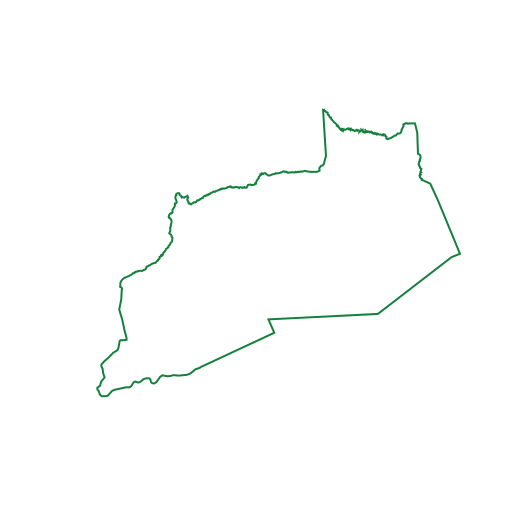 the district of Mecanhelas, Niassa, Mozambique, rotated 245°
{"feature_id": "85939544B26392807278532", "entity_name": "Mecanhelas", "entity_type": "district", "adm_level": 2, "iso_a3": "MOZ", "parent_name": "Mozambique", "parent_adm1": "Niassa", "projection": "robinson", "projection_center": [36.247, -14.939], "detail": "fine", "context": "isolated", "style": "outline", "palette": "green", "viewbox_px": 512, "rotation_deg": 245, "n_neighbors": 0, "source": "geoboundaries", "source_scale": "gbopen_adm2", "svg_char_len": 6116}
<svg xmlns="http://www.w3.org/2000/svg" viewBox="0 0 512 512"><g transform="rotate(245 256 256)"><path d="M265.3,109.4L254.9,107.9L243.7,105.3L236.7,104.1L234.8,103.3L235.6,100.3L236.9,97.9L236.8,96.9L236.3,96.3L231.5,93.0L229.5,91.1L229.0,89.5L228.7,85.8L226.0,78.9L225.0,74.8L223.2,70.4L222.3,69.6L221.4,69.2L218.5,69.3L214.2,67.9L210.0,67.5L207.5,62.5L204.3,59.8L203.8,56.9L203.3,56.2L201.6,55.9L199.9,56.4L196.3,55.9L194.3,56.9L193.6,57.9L192.2,61.4L192.0,62.5L194.6,68.8L194.5,71.3L192.0,82.4L190.6,85.5L190.5,86.7L190.7,87.9L193.1,91.4L193.4,92.4L193.2,93.5L191.2,95.6L190.9,96.6L190.8,97.8L191.8,101.4L191.9,102.7L191.5,105.0L190.0,107.8L188.6,108.1L186.1,107.5L184.5,108.3L183.8,109.2L183.5,110.2L183.8,112.4L187.0,118.1L187.4,120.8L184.6,124.6L183.5,127.4L182.9,130.9L180.3,135.3L177.5,143.2L177.3,146.5L177.8,149.2L178.9,153.2L178.4,158.1L178.7,158.6L178.7,240.1L193.3,240.5L152.0,342.0L172.1,431.8L172.3,433.4L171.8,441.8L229.9,444.4L248.0,444.5L254.9,438.5L255.1,439.0L255.5,439.0L255.9,438.5L258.2,437.9L260.0,438.3L260.1,438.7L259.8,439.2L260.1,439.7L260.8,439.3L261.7,439.7L261.9,440.0L262.0,440.9L262.8,440.7L265.0,442.7L266.7,441.9L267.8,442.3L268.8,442.0L269.8,442.3L270.7,442.2L271.8,443.5L272.7,443.8L272.9,444.8L274.0,445.0L274.3,445.7L274.9,445.9L275.5,446.7L277.7,447.4L278.9,447.1L280.2,446.0L299.7,454.3L309.0,456.1L311.4,451.0L311.7,449.4L312.4,449.1L313.0,448.2L313.1,447.0L312.7,446.4L313.1,445.8L313.0,445.2L311.1,444.4L308.9,441.2L307.9,440.9L306.6,439.3L306.3,438.0L307.2,436.0L306.1,433.8L306.5,432.3L306.1,430.3L306.0,427.3L306.3,426.1L306.1,424.1L306.3,424.5L307.4,423.8L309.0,424.6L309.8,423.9L310.6,424.2L311.7,423.9L312.4,423.1L311.9,422.4L312.4,422.3L312.2,421.4L312.5,421.4L313.5,420.2L313.9,419.1L315.5,417.8L315.3,417.6L315.6,417.2L315.3,416.9L316.1,416.7L316.1,416.2L316.7,416.1L316.7,415.2L317.1,415.1L316.6,414.5L317.0,414.8L317.1,414.2L318.1,413.4L318.3,413.3L318.3,413.9L319.9,413.1L319.7,412.4L320.2,412.2L320.6,411.6L320.3,411.2L320.8,411.0L321.1,409.7L321.6,409.9L321.7,409.2L322.2,409.1L322.1,408.8L322.4,408.6L321.8,408.6L321.7,408.2L322.9,408.2L322.0,407.4L322.0,406.7L322.4,406.7L322.5,406.2L322.9,406.3L323.3,405.5L323.7,406.0L324.3,405.6L325.2,405.9L325.0,405.3L325.6,405.0L324.9,404.8L325.4,404.0L325.0,403.4L325.4,403.1L325.1,402.5L325.7,402.9L326.5,402.2L326.8,401.0L327.2,400.9L326.9,400.6L327.3,400.4L327.4,399.7L327.7,399.8L327.5,398.3L329.2,397.4L329.1,396.8L330.4,396.1L330.5,395.2L330.2,394.9L330.8,394.7L330.7,395.1L331.3,395.4L331.3,394.2L331.7,394.3L331.6,394.8L331.9,394.7L332.1,393.5L332.7,393.5L332.7,390.4L333.2,389.9L333.1,389.0L333.9,388.7L333.1,388.0L333.4,388.0L333.4,387.4L333.6,387.4L333.7,388.3L334.2,388.2L334.2,387.2L334.9,387.4L335.0,387.2L334.5,386.9L335.3,386.8L335.3,386.5L334.6,386.3L334.6,386.0L336.9,385.7L337.9,385.2L338.5,385.5L339.2,385.2L339.6,385.4L339.8,385.2L339.5,384.6L339.9,384.3L340.3,384.7L342.3,384.3L344.7,383.1L347.1,382.6L347.9,382.0L349.6,382.5L350.1,381.7L351.7,381.4L352.7,381.7L353.1,381.1L354.0,380.9L355.7,381.5L356.7,380.4L358.1,380.1L358.4,379.3L359.5,379.4L359.4,379.0L360.0,378.5L317.1,361.7L310.5,356.1L309.9,354.6L310.2,353.3L309.1,350.8L308.7,350.4L306.4,349.7L306.5,346.8L309.0,341.4L311.3,337.6L312.5,336.4L313.0,333.1L313.7,332.4L313.7,331.2L314.5,330.1L314.3,329.3L314.8,328.9L314.8,328.0L315.6,327.2L315.3,326.4L315.5,325.8L316.6,324.5L316.6,323.8L317.2,322.8L317.8,320.4L318.1,320.5L318.6,319.6L319.5,319.3L319.9,318.4L319.8,317.9L320.9,317.2L321.2,316.5L321.0,314.3L321.3,313.6L321.2,312.9L322.1,309.5L322.7,308.9L322.4,308.0L323.1,305.0L323.1,302.9L323.8,301.0L325.2,300.4L326.0,299.7L327.0,299.6L327.6,298.5L327.3,297.0L328.2,296.6L328.6,296.0L328.5,295.7L327.6,295.6L327.4,295.0L328.0,294.4L327.1,293.6L326.3,291.7L325.3,291.4L324.7,289.6L322.4,286.8L321.7,286.6L322.2,285.9L321.4,285.3L321.3,284.8L322.0,282.4L322.3,281.6L323.2,281.1L323.7,279.1L323.7,278.6L322.0,276.6L322.0,276.2L322.4,275.2L323.3,274.7L323.0,273.9L323.5,273.3L323.6,272.3L324.0,272.3L325.1,270.7L324.7,269.3L325.6,268.9L326.4,268.2L327.3,266.2L327.1,265.6L327.6,265.1L327.7,264.0L328.2,263.7L328.4,263.0L329.3,262.7L329.4,262.3L329.8,262.4L330.0,262.1L329.8,261.4L330.2,260.8L330.4,259.3L330.1,258.1L330.4,256.0L331.0,255.0L331.0,253.6L331.5,253.5L331.3,252.3L331.8,252.0L331.4,250.3L331.8,247.2L331.4,246.5L331.5,245.9L332.3,245.1L332.3,244.5L332.0,243.3L332.3,242.0L331.7,241.0L332.1,240.2L331.7,239.0L332.0,238.9L331.9,238.3L332.2,237.8L331.6,236.8L332.1,236.0L331.9,235.4L332.2,235.2L332.0,233.4L331.0,232.1L331.4,231.2L331.2,230.8L331.1,229.1L330.7,228.6L330.9,228.3L330.8,227.0L331.1,226.7L331.2,226.1L330.1,224.2L330.2,223.5L330.9,222.7L331.0,222.1L330.6,221.5L330.5,219.7L330.2,219.1L331.0,218.2L331.7,218.1L331.9,217.3L332.4,217.2L333.5,217.7L335.8,217.5L336.7,217.9L337.8,219.3L339.5,219.2L339.3,218.6L339.5,216.3L339.2,215.7L339.8,214.8L340.8,214.1L340.6,213.4L342.1,213.5L343.5,212.6L345.2,213.0L345.9,211.9L346.0,211.0L345.8,209.8L344.7,209.5L344.3,208.4L343.9,208.1L342.5,207.4L338.4,207.0L337.9,206.5L337.6,205.7L337.9,204.8L337.7,204.5L336.1,203.9L335.0,202.9L333.1,199.8L330.7,198.7L330.3,197.2L330.8,196.8L330.8,196.3L329.9,194.6L329.2,194.3L328.4,193.4L327.6,193.2L326.9,193.9L326.0,194.0L325.5,194.4L323.4,194.3L322.2,193.7L320.4,192.0L319.4,191.9L318.1,190.2L316.0,189.5L314.6,188.5L313.4,187.0L312.5,187.2L311.4,187.9L310.4,188.0L309.0,187.7L307.9,188.0L304.5,185.9L304.0,184.1L302.9,183.2L301.8,180.6L300.9,180.2L300.4,177.4L299.5,176.6L299.2,175.9L298.5,175.1L298.3,173.6L296.6,172.4L296.2,171.3L296.9,171.1L297.0,170.6L296.9,170.3L295.9,170.1L295.9,168.1L294.8,167.8L294.2,167.2L294.1,165.7L293.2,165.0L293.3,164.0L292.3,162.1L292.9,159.5L292.8,157.4L292.4,156.2L292.7,155.1L292.3,153.5L292.5,152.6L292.5,152.2L290.9,150.8L290.6,149.4L290.8,148.2L290.5,146.6L291.3,145.4L292.2,142.9L292.0,141.6L292.4,141.1L292.6,140.0L292.5,139.3L292.0,138.8L292.3,138.5L292.2,137.8L292.4,137.1L291.9,136.1L291.6,132.5L291.8,126.9L291.0,124.6L290.0,122.8L288.6,121.5L286.0,120.3L285.6,119.8L284.1,120.8L283.1,120.9L281.5,119.7L273.7,115.6L265.3,109.4Z" fill="none" stroke="#15803d" stroke-width="2"/></g></svg>